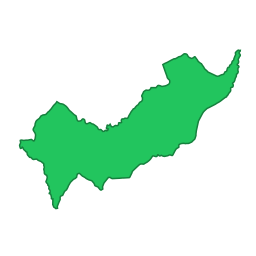 Laulara, Aileu, East Timor, rotated 4°
{"feature_id": "22284137B18374352558819", "entity_name": "Laulara", "entity_type": "district", "adm_level": 2, "iso_a3": "TLS", "parent_name": "East Timor", "parent_adm1": "Aileu", "projection": "equal_earth", "projection_center": [125.578, -8.625], "detail": "fine", "context": "isolated", "style": "filled", "palette": "green", "viewbox_px": 256, "rotation_deg": 4, "n_neighbors": 0, "source": "geoboundaries", "source_scale": "gbopen_adm2", "svg_char_len": 5812}
<svg xmlns="http://www.w3.org/2000/svg" viewBox="0 0 256 256"><g transform="rotate(4 128 128)"><path d="M194.3,135.5L195.2,134.7L195.5,134.0L196.3,130.9L196.2,129.1L196.4,125.8L197.8,116.3L198.2,115.3L201.2,108.5L202.1,106.8L203.4,105.2L205.6,102.9L207.1,102.1L213.5,98.2L214.9,97.1L217.1,95.7L218.6,94.5L222.3,91.2L222.8,90.8L224.1,90.1L224.4,89.1L225.0,88.7L225.4,87.9L226.1,86.4L227.3,84.8L227.8,83.8L227.8,83.0L227.6,81.4L227.7,80.7L228.5,80.2L229.5,79.9L229.8,79.4L230.0,78.6L230.0,77.7L229.5,76.8L229.2,76.0L230.6,74.6L230.9,73.9L231.3,72.7L231.4,71.6L231.7,70.6L232.1,69.8L232.5,68.6L232.4,67.9L232.5,66.7L233.0,66.4L233.5,65.9L233.8,65.2L234.0,64.4L233.9,63.7L233.6,63.0L233.5,60.7L234.3,59.6L234.3,58.8L233.8,58.1L232.8,57.8L232.5,56.9L232.8,56.4L233.3,55.9L233.7,55.1L233.7,53.8L233.1,52.1L233.2,51.5L233.5,51.0L234.2,49.2L234.9,48.1L234.9,47.3L234.4,46.4L233.8,46.0L233.6,45.4L233.6,44.8L234.5,43.6L234.6,42.7L233.0,42.9L232.5,42.6L231.1,43.8L230.5,44.5L229.9,45.4L230.0,46.3L230.3,47.2L229.6,49.0L228.8,51.6L228.8,52.4L228.5,53.1L228.0,53.5L227.3,54.3L226.9,56.4L226.0,57.7L225.4,58.0L225.0,58.7L225.0,59.5L224.6,60.3L223.7,60.5L223.2,61.1L222.8,62.2L222.7,63.3L222.4,64.3L221.9,64.8L220.8,65.3L219.9,67.4L219.3,67.9L218.0,68.2L216.4,69.0L215.1,69.8L213.2,70.2L203.9,66.6L202.8,65.5L200.3,63.6L199.1,61.7L197.9,60.3L196.7,58.7L196.0,58.5L193.4,56.7L192.6,55.5L189.9,52.3L189.4,52.3L187.9,53.6L186.8,54.1L186.1,54.1L184.1,53.3L183.3,52.8L182.6,51.8L181.9,50.7L181.2,50.2L180.0,50.0L179.3,50.0L178.3,50.4L177.7,51.1L175.5,52.9L173.7,53.4L171.7,54.8L170.2,55.7L169.2,55.7L166.4,57.3L162.7,59.7L159.9,61.2L158.3,62.3L160.9,68.4L163.2,73.6L163.7,75.1L164.1,75.6L164.4,75.8L164.9,76.5L165.9,77.2L166.3,77.9L166.4,78.8L166.4,79.9L166.1,80.7L165.6,81.5L163.6,82.8L162.2,83.4L159.0,84.2L156.7,83.5L155.2,83.4L154.6,83.8L154.2,84.4L153.1,85.8L148.2,86.1L147.7,87.6L147.3,87.9L146.8,88.6L145.7,88.9L144.7,89.0L143.4,88.9L141.7,90.1L140.9,91.0L140.6,92.1L139.5,94.6L139.5,95.2L139.7,95.9L140.3,96.4L140.4,99.0L140.3,99.5L139.6,100.5L137.8,101.7L136.5,104.1L135.3,105.0L133.9,106.7L133.5,107.6L132.8,108.2L131.9,108.6L131.5,109.4L130.1,111.4L129.4,112.9L128.1,115.5L127.7,116.5L127.5,117.4L126.9,118.2L126.6,118.5L125.0,118.4L124.1,118.5L123.3,119.0L122.9,119.3L122.3,119.4L121.6,119.3L121.2,119.6L120.8,120.5L120.8,121.4L121.2,122.8L120.9,123.1L120.1,123.4L118.8,123.3L118.3,123.6L118.3,124.9L118.1,125.7L117.5,126.2L116.9,126.5L115.5,126.3L114.8,126.6L113.0,128.0L111.3,127.8L110.9,127.1L109.9,125.5L109.3,126.6L108.9,126.8L108.2,126.8L107.6,126.5L107.1,126.6L106.8,127.4L106.9,128.5L106.4,129.5L106.8,130.2L107.2,130.1L108.3,130.3L107.9,131.8L107.2,132.2L106.8,132.3L106.2,131.9L105.4,132.0L104.6,132.9L103.1,133.2L102.7,132.7L102.0,132.3L101.6,131.8L101.1,131.5L100.6,131.4L99.9,131.6L99.4,131.6L98.9,131.5L98.3,131.0L97.4,129.3L95.7,128.1L93.7,126.9L92.9,126.5L91.8,126.4L89.8,125.3L89.2,125.4L87.7,126.3L86.8,126.6L86.0,126.6L85.5,126.3L84.9,125.5L84.2,123.0L83.8,122.6L83.2,122.2L82.6,122.1L82.0,122.2L81.3,123.0L80.8,123.8L80.4,124.1L78.3,124.7L77.8,124.6L76.7,123.6L76.3,122.6L75.8,120.8L75.5,120.0L75.2,119.4L73.5,118.6L69.8,115.6L68.4,114.6L67.4,113.5L66.1,111.9L64.7,110.6L62.1,109.0L61.2,108.7L59.9,108.5L59.0,108.5L58.0,108.2L55.2,106.7L54.5,108.0L53.3,109.5L52.2,110.7L50.0,114.3L48.9,115.7L48.1,116.8L47.2,117.5L45.3,120.0L44.0,120.6L42.3,120.9L40.3,122.1L38.9,124.6L36.9,126.3L36.1,127.2L35.7,128.0L35.1,130.0L35.0,132.2L33.6,135.3L33.5,136.2L33.7,136.9L35.0,138.7L35.7,139.7L36.2,141.0L36.3,141.9L36.1,145.1L35.4,147.2L34.5,147.5L32.6,146.2L32.1,146.2L29.0,147.1L26.7,147.3L24.9,147.7L23.0,147.5L22.2,147.5L21.8,147.7L21.4,147.9L21.4,148.1L21.6,149.0L21.9,149.4L21.9,149.8L21.7,151.0L21.5,151.4L21.3,152.1L21.1,152.5L21.1,153.0L21.6,154.6L22.0,155.6L22.4,155.9L22.9,155.7L23.4,155.2L23.8,154.5L24.5,155.0L25.0,156.1L26.1,157.3L26.7,157.6L27.8,158.8L28.7,159.0L29.1,160.0L29.3,161.1L29.7,161.9L31.8,164.0L32.4,164.2L33.4,164.2L34.8,165.6L35.5,165.9L36.1,166.0L37.6,165.6L39.2,165.4L40.6,166.5L43.8,167.6L44.4,168.0L44.8,168.5L46.3,169.3L46.6,170.5L46.6,171.3L46.9,172.0L47.2,172.6L47.2,173.3L46.9,174.5L46.9,175.2L47.6,177.4L47.6,178.1L47.7,178.9L47.9,179.4L48.6,180.1L49.2,180.5L49.9,180.6L50.3,180.9L50.5,181.8L50.9,182.7L50.6,185.0L49.9,187.1L50.3,188.1L51.6,189.3L51.9,189.9L52.0,190.6L53.2,191.7L53.3,193.0L53.2,193.8L53.6,194.7L54.2,195.2L54.5,195.6L54.7,196.6L54.8,197.5L54.1,198.2L54.0,198.9L55.3,199.3L56.0,200.8L56.5,202.7L56.5,203.8L57.3,204.2L58.0,204.0L58.3,209.8L58.7,210.3L59.1,211.3L59.4,212.0L60.7,212.7L61.5,213.4L62.3,213.3L63.3,213.0L63.0,211.6L63.0,210.9L64.5,206.2L65.1,204.7L65.3,204.0L65.1,201.8L65.5,200.8L67.0,199.9L67.5,199.8L69.0,196.0L69.5,195.3L71.0,193.9L72.0,191.7L72.6,189.8L74.2,186.6L74.8,185.7L77.2,183.0L78.9,182.0L80.2,180.6L80.2,179.8L80.6,177.6L81.1,177.2L82.5,176.6L83.0,176.8L85.8,179.1L88.4,180.3L90.0,181.4L92.4,182.4L94.0,182.8L95.5,183.1L97.9,185.5L98.5,186.6L98.7,187.3L99.3,188.0L102.1,188.9L104.2,191.2L104.9,191.7L105.5,191.8L107.1,190.7L106.7,188.4L107.8,184.7L108.5,183.6L111.9,178.7L113.5,178.5L114.8,179.3L115.8,179.6L123.1,178.7L125.6,178.3L126.9,178.2L132.2,177.5L132.8,177.4L133.2,177.0L135.1,172.3L135.2,171.4L135.9,170.3L141.4,164.3L142.8,163.1L144.6,162.9L145.7,163.0L146.3,162.9L147.6,161.9L148.4,161.4L149.6,160.6L151.6,158.7L152.7,157.3L154.3,154.6L154.8,154.1L155.4,154.1L157.9,154.6L158.8,154.3L159.2,153.5L159.4,152.8L159.8,152.6L161.2,153.6L161.8,153.7L163.1,152.9L164.0,153.3L165.2,153.7L166.3,153.8L169.6,152.9L171.4,151.9L171.9,151.8L173.1,152.3L174.2,152.3L174.6,151.8L176.1,148.3L177.2,146.0L178.1,145.0L180.0,143.7L180.0,142.8L179.9,141.4L180.2,140.9L181.6,140.0L183.8,139.5L185.2,139.4L186.3,139.6L187.0,139.4L189.3,139.2L190.3,138.8L192.6,137.5L194.3,135.5Z" fill="#22c55e" stroke="#15803d" stroke-width="1.5"/></g></svg>